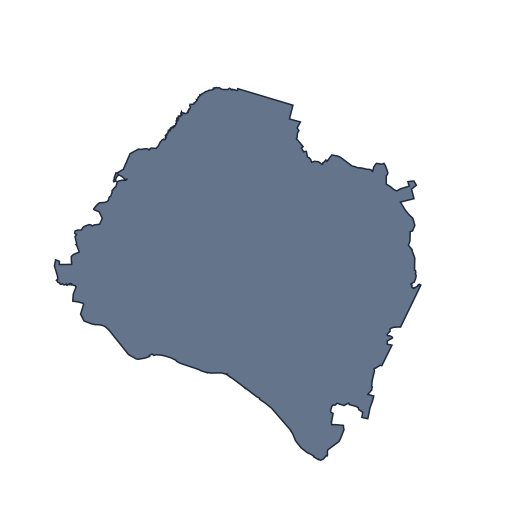 Remtes pag., Brocenu, Latvia (orthographic projection), rotated 28°
{"feature_id": "27541924B53192236746311", "entity_name": "Remtes pag.", "entity_type": "district", "adm_level": 2, "iso_a3": "LVA", "parent_name": "Latvia", "parent_adm1": "Brocenu", "projection": "orthographic", "projection_center": [22.675, 56.753], "detail": "fine", "context": "isolated", "style": "filled", "palette": "slate", "viewbox_px": 512, "rotation_deg": 28, "n_neighbors": 0, "source": "geoboundaries", "source_scale": "gbopen_adm2", "svg_char_len": 6076}
<svg xmlns="http://www.w3.org/2000/svg" viewBox="0 0 512 512"><g transform="rotate(28 256 256)"><path d="M92.8,282.5L91.4,286.1L90.6,290.6L90.8,291.0L91.8,291.2L96.6,290.6L102.6,294.9L103.0,301.4L98.7,304.4L97.1,306.4L96.1,306.0L93.9,306.6L90.6,310.3L90.0,311.5L89.7,312.5L89.7,314.5L89.4,315.2L86.2,316.9L84.7,318.8L84.7,319.7L85.1,320.9L85.8,321.3L87.4,321.3L87.4,322.6L87.1,323.6L87.2,324.1L91.4,328.7L92.0,329.8L91.6,330.4L93.0,331.0L98.1,335.5L94.2,340.2L93.1,343.1L95.8,347.9L96.1,347.9L97.1,350.0L86.3,355.9L85.0,353.0L80.9,353.4L82.6,359.3L90.4,367.2L92.0,370.0L91.2,370.9L91.2,371.3L92.3,371.4L93.5,372.3L94.9,371.9L96.5,372.8L97.4,372.5L97.7,372.0L98.4,371.4L100.0,371.7L101.8,369.8L102.1,369.9L101.9,370.6L102.9,370.6L103.7,369.3L104.5,369.0L104.1,368.5L104.8,368.3L104.7,367.7L105.7,367.1L106.2,367.2L105.9,367.6L106.5,368.3L106.9,367.8L109.8,367.3L110.1,367.0L111.6,367.6L112.6,375.6L115.4,381.9L120.1,380.2L125.7,378.9L126.5,379.8L128.4,389.7L134.6,394.1L142.8,393.1L146.0,392.2L150.3,390.1L152.6,389.5L154.8,389.1L157.1,389.4L161.1,390.5L189.8,402.9L198.7,403.1L200.9,402.2L206.2,398.0L209.2,394.7L208.5,394.1L210.2,391.4L212.5,391.8L214.4,389.9L218.5,388.2L222.4,387.0L228.9,385.8L234.1,385.7L235.5,386.3L239.6,386.3L259.3,383.0L260.9,383.2L268.2,381.9L268.1,381.5L271.0,380.6L280.6,375.3L285.3,374.4L285.3,373.8L286.5,373.8L286.5,374.5L290.9,375.1L290.9,374.9L306.5,377.3L308.7,378.0L308.7,377.6L323.2,380.0L325.9,379.8L326.4,380.8L333.1,381.5L341.0,383.0L368.7,393.7L368.6,394.0L371.7,395.6L377.7,400.6L385.8,404.2L393.8,405.6L397.8,405.3L401.2,405.6L401.2,406.2L406.6,406.5L406.6,406.0L408.8,406.2L410.8,403.7L411.7,399.4L412.6,399.3L412.8,398.7L410.8,395.0L410.4,393.4L416.3,381.0L416.4,377.8L415.3,368.5L415.4,368.3L413.5,365.9L412.7,364.5L405.3,367.6L402.0,369.4L400.8,367.6L398.0,358.8L395.4,358.9L394.4,357.3L393.5,352.8L393.9,351.6L396.0,350.4L396.6,348.0L404.0,346.7L405.5,344.2L407.0,342.5L408.2,343.4L414.5,341.9L417.5,341.9L418.8,343.4L423.6,343.8L425.2,348.8L431.1,347.2L427.9,336.3L427.0,329.5L425.7,324.3L419.7,325.7L421.1,319.9L420.5,318.9L420.2,317.0L419.2,316.6L417.1,311.5L414.8,302.8L414.3,301.5L413.1,299.9L414.3,298.8L417.0,294.1L418.6,293.8L417.9,270.9L413.2,272.2L411.8,269.5L415.0,264.3L414.6,263.7L413.2,263.6L411.6,263.6L410.2,264.4L408.9,264.2L408.5,263.7L409.8,259.5L408.5,257.7L409.0,256.5L410.8,254.5L414.9,251.9L417.0,250.9L415.2,204.3L413.6,204.2L413.0,204.9L413.5,205.8L412.6,206.0L412.7,206.7L412.6,207.1L411.8,208.4L411.7,209.1L410.7,209.5L410.7,210.5L410.0,210.8L409.3,210.3L408.3,210.4L407.7,210.1L407.5,208.4L406.1,208.2L406.1,207.6L407.0,206.1L408.0,204.8L407.5,200.7L406.7,198.2L404.9,196.6L405.1,195.9L403.6,193.9L402.6,194.0L399.5,188.0L397.9,184.6L396.9,183.0L390.6,177.3L390.7,177.0L385.5,174.9L384.9,170.5L380.7,162.1L382.5,160.4L382.1,157.5L382.0,155.3L381.8,154.3L376.7,149.0L371.8,147.7L366.3,145.4L358.2,140.6L368.6,131.2L361.9,123.9L364.4,118.3L360.2,115.6L355.2,119.0L357.1,121.1L358.7,122.1L351.5,129.4L350.0,132.1L349.3,132.5L346.4,132.6L342.0,131.6L337.3,131.4L333.4,124.0L333.8,122.3L333.3,120.5L328.1,115.7L325.5,114.1L324.1,115.8L319.0,117.6L318.5,118.7L318.2,122.4L319.1,125.1L319.1,126.8L318.8,126.8L317.8,125.9L315.6,126.2L313.1,127.4L307.6,128.8L304.3,130.4L300.8,130.7L299.0,131.5L284.4,129.2L281.2,129.4L275.5,131.2L274.2,139.1L272.6,138.4L272.1,141.1L271.3,142.0L271.7,143.9L271.3,144.1L267.0,143.4L263.2,144.9L261.2,147.1L258.9,145.1L256.6,144.2L256.1,144.5L254.9,144.4L251.4,140.0L250.9,140.1L249.2,141.6L245.4,139.4L246.3,137.3L236.6,133.4L236.6,131.9L234.9,128.1L235.0,125.2L232.2,123.6L232.3,116.8L221.2,119.3L217.8,105.5L161.4,116.8L161.9,118.0L161.7,118.7L156.9,119.9L156.7,120.2L156.7,120.7L155.6,120.4L154.0,120.3L153.6,120.7L152.9,122.3L148.4,124.6L146.6,124.9L144.6,124.6L143.0,125.7L142.3,125.7L139.7,127.6L139.5,127.8L139.6,128.2L140.4,128.3L139.0,130.2L137.3,131.5L136.7,131.6L135.9,133.1L134.2,134.6L133.9,135.6L131.9,138.7L131.7,139.6L131.4,139.5L130.7,140.1L131.2,141.1L130.9,142.2L130.5,142.6L130.6,143.3L130.5,143.7L130.7,143.9L131.0,145.0L130.9,145.3L130.0,145.8L130.9,146.4L130.7,147.1L130.8,147.5L130.3,148.1L129.9,149.5L129.4,149.9L129.6,150.5L129.6,151.3L126.6,153.0L126.8,153.5L126.7,154.1L128.5,155.9L128.4,157.3L127.8,157.9L128.3,158.4L127.9,159.1L128.2,159.3L127.9,159.7L128.1,160.0L128.0,160.6L128.6,161.1L128.0,161.5L128.0,162.0L126.9,163.4L126.1,163.7L125.5,163.5L124.9,164.1L124.5,163.8L122.9,164.0L122.5,163.6L122.6,164.7L123.1,165.2L122.9,165.5L124.4,166.1L123.9,167.1L123.3,167.1L123.2,167.3L123.7,167.8L123.6,168.3L123.1,168.2L122.8,168.7L122.1,168.6L121.7,169.1L122.1,169.8L123.1,170.8L123.0,171.2L122.0,170.9L121.9,171.3L121.4,171.5L121.5,171.9L122.1,172.3L122.1,173.0L122.4,172.7L123.3,172.8L123.3,173.4L123.0,173.3L122.8,173.8L122.3,174.2L122.8,175.3L123.4,175.5L123.5,176.7L123.1,176.9L123.5,177.3L123.4,177.7L123.5,178.8L122.6,179.6L123.3,179.8L123.3,180.0L122.5,180.4L122.7,181.4L121.5,181.2L121.4,181.6L121.8,181.7L121.6,182.1L121.7,182.5L121.3,182.9L120.8,182.8L120.5,183.0L121.2,183.9L121.1,184.5L120.2,184.7L120.2,185.1L121.3,185.5L121.4,185.9L119.8,186.3L120.0,186.6L119.9,187.4L120.5,188.1L120.2,189.0L120.5,189.4L120.0,190.0L120.1,190.5L120.2,191.3L119.4,191.6L119.3,192.0L119.6,192.3L119.9,191.8L120.4,191.8L120.1,192.3L120.1,193.2L120.2,193.4L120.6,193.2L121.0,193.4L120.6,194.0L121.1,194.2L121.1,195.5L120.8,196.1L119.8,196.0L119.8,196.8L118.8,197.1L118.6,197.4L118.6,198.2L117.9,200.1L118.1,204.5L117.3,207.9L113.1,209.7L112.2,210.6L112.1,211.4L112.3,212.0L111.7,212.7L111.0,212.3L109.3,212.5L106.7,214.0L105.3,215.4L104.3,216.0L102.2,216.6L96.8,224.7L97.4,232.9L97.8,233.5L97.5,235.0L98.2,241.7L94.7,247.3L95.3,248.2L93.4,248.3L94.0,253.2L94.8,255.1L94.8,256.6L95.6,257.2L97.3,255.6L96.1,254.5L95.9,252.5L96.0,250.7L97.0,248.7L101.5,248.9L104.1,250.0L105.9,248.9L105.9,249.4L105.2,250.6L102.2,251.9L98.9,255.0L98.8,256.0L99.7,260.5L99.1,261.8L98.2,265.9L99.1,267.6L99.3,269.5L99.6,270.6L99.6,271.2L98.9,272.6L98.9,273.6L99.4,275.9L99.3,276.9L98.7,278.2L97.0,279.9L92.8,282.5Z" fill="#64748b" stroke="#1e293b" stroke-width="1.5"/></g></svg>